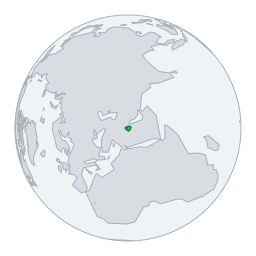 globe centered on Al-Muthannia, rotated 282°
{"feature_id": "IRQ-3223", "entity_name": "Al-Muthannia", "entity_type": "Province", "adm_level": 1, "iso_a3": "IRQ", "parent_name": "Iraq", "parent_adm1": "", "projection": "orthographic", "projection_center": [45.575, 30.396], "detail": "fine", "context": "on_globe", "style": "filled", "palette": "green", "viewbox_px": 256, "rotation_deg": 282, "n_neighbors": 0, "source": "natural_earth", "source_scale": "10m", "svg_char_len": 10730}
<svg xmlns="http://www.w3.org/2000/svg" viewBox="0 0 256 256"><g transform="rotate(282 128 128)"><circle cx="128" cy="128" r="113" fill="#eef3f6" stroke="#a8b0b8"/><path d="M133.1,15.5L140.0,16.1L145.2,16.7L143.1,16.5L150.3,17.6L152.8,18.1L151.9,17.9L150.4,17.6L155.1,18.7L154.5,18.7L156.5,19.4L155.4,19.4L150.1,18.3L149.3,18.3L152.7,19.2L153.7,19.9L148.9,18.6L150.2,19.9L141.6,19.1L129.5,16.9L123.9,17.5L109.3,18.5L109.9,18.9L104.7,20.0L103.4,20.9L101.1,21.1L102.0,21.7L104.4,21.3L105.6,21.6L105.1,22.2L102.0,22.4L101.8,22.2L100.7,22.6L99.4,22.5L99.7,22.9L96.0,23.4L98.8,23.9L95.2,25.1L93.0,25.2L94.4,23.9L92.7,21.9L90.9,22.2L86.9,23.5L77.2,28.3L74.7,29.3L70.5,31.5L71.4,31.4L74.9,29.6L75.4,30.2L79.7,28.3L80.5,28.4L84.5,27.3L82.6,28.9L78.7,31.2L75.3,32.4L73.5,33.6L75.7,33.9L68.4,37.7L61.9,43.4L60.2,44.5L58.6,43.5L61.2,39.7L59.1,39.6L59.2,41.3L54.8,44.3L53.6,45.6L53.1,46.6L54.2,46.2L52.4,47.7L51.7,46.3L53.3,44.9L53.5,45.2L54.7,43.6L54.2,43.2L52.0,45.1L53.1,43.9L59.2,38.8L65.6,34.2L72.4,30.1L79.4,26.4L86.6,23.2L94.1,20.6L101.7,18.5L109.5,16.9L117.3,15.9L125.2,15.4L133.1,15.5ZM15.5,133.2L15.8,137.3L17.3,146.3L18.2,152.3L18.5,154.4L16.5,143.9L15.5,133.2ZM157.0,19.5L157.9,19.7L158.5,19.9L157.0,19.5ZM85.2,26.5L84.8,26.9L84.3,26.9L85.2,26.5ZM87.3,25.7L86.9,25.5L87.8,25.1L88.0,25.2L87.3,25.7ZM157.4,20.3L158.2,20.8L156.5,20.0L157.4,20.3ZM87.5,26.2L89.5,24.4L91.2,23.8L93.3,23.9L87.5,26.2ZM158.0,21.0L159.8,22.6L162.0,23.1L156.9,23.0L157.0,21.5L154.6,20.4L156.9,21.0L158.0,21.0ZM105.4,21.0L102.8,21.4L105.5,20.6L105.4,21.0ZM106.8,20.4L113.2,18.1L116.7,18.1L113.8,18.7L118.8,18.4L117.3,19.5L114.3,19.9L112.3,19.7L113.3,20.3L106.8,20.4ZM153.7,22.8L153.4,23.2L152.7,22.6L153.7,22.8ZM106.3,21.6L107.3,21.0L110.4,20.9L109.0,22.0L108.5,21.7L106.3,21.6ZM120.8,17.9L122.8,18.1L122.2,19.0L123.0,19.3L117.6,19.5L120.8,17.9ZM107.5,22.0L108.2,22.6L106.3,23.3L105.6,22.1L107.5,22.0ZM111.8,20.4L113.2,20.5L112.0,20.8L111.8,20.4ZM99.7,26.3L100.8,25.4L102.5,25.3L99.7,26.3ZM108.7,22.8L109.3,22.6L110.1,22.4L110.2,23.0L108.7,22.8ZM117.6,20.2L116.9,20.6L119.7,20.1L119.4,20.9L115.9,21.0L117.3,21.3L117.2,21.6L114.4,21.4L117.6,20.2ZM112.7,23.2L108.1,23.9L105.7,25.4L104.1,25.6L108.3,23.1L112.7,23.2ZM114.0,22.2L112.8,22.8L111.4,22.6L111.3,22.0L114.0,22.2ZM120.5,21.5L121.9,20.2L122.6,20.3L120.5,21.5ZM112.3,23.7L113.4,23.6L112.3,23.8L112.3,23.7ZM118.3,22.2L118.7,21.7L119.5,21.7L118.3,22.2ZM115.3,23.7L113.8,23.9L113.7,23.5L115.3,23.7ZM116.9,23.1L117.9,23.3L114.5,23.2L116.9,22.8L116.9,23.1ZM119.0,22.3L119.6,22.2L118.7,22.5L119.0,22.3ZM116.5,25.5L112.4,25.5L112.1,24.5L116.2,24.6L116.5,25.5ZM33.9,147.0L30.8,128.1L33.7,123.5L35.2,116.2L56.5,100.0L59.8,103.4L75.3,105.7L77.0,107.2L74.0,112.7L84.6,123.1L89.5,119.0L100.3,125.0L108.2,125.8L113.2,115.1L100.2,113.5L99.1,107.7L110.5,104.4L122.1,106.1L122.0,104.0L115.7,98.7L119.4,95.1L113.7,96.5L115.2,98.9L111.7,100.0L110.0,97.9L111.4,96.6L108.2,95.3L102.5,102.2L103.5,105.3L94.5,105.3L95.3,110.6L92.5,112.5L90.1,104.3L91.1,101.6L85.8,92.0L84.0,94.7L88.8,104.1L86.8,103.0L84.3,107.3L84.7,103.2L79.9,92.7L72.4,92.4L61.2,100.7L57.2,100.0L54.7,96.2L60.6,85.6L68.8,88.5L71.0,85.2L70.9,79.1L73.4,80.7L74.4,78.7L77.6,79.6L83.7,76.2L87.3,76.8L91.2,71.1L93.5,70.8L90.5,74.1L90.4,76.9L99.4,78.8L101.5,77.9L103.3,74.2L105.6,75.4L106.2,71.6L112.1,71.1L105.4,68.7L107.3,64.8L111.6,62.4L111.1,60.8L104.0,64.7L102.3,66.8L102.7,69.2L96.9,75.0L93.5,75.3L95.0,68.0L90.3,67.9L93.6,62.6L110.7,54.4L117.1,53.6L124.6,60.0L122.3,62.2L118.4,60.9L120.6,65.6L121.1,63.5L123.0,64.7L125.3,61.6L126.7,62.3L126.5,58.4L128.5,58.9L128.6,61.4L133.8,57.7L138.3,58.2L138.8,57.1L138.0,55.8L144.4,57.4L144.4,56.6L142.4,55.7L141.2,53.4L141.6,50.2L143.7,51.0L143.9,52.2L147.5,56.2L147.6,59.6L148.6,59.7L149.0,56.8L144.6,52.0L144.2,49.9L146.6,51.9L145.7,51.0L146.2,50.2L148.7,50.2L146.2,47.9L148.5,39.4L153.6,38.9L155.6,41.4L159.5,37.2L165.0,37.7L163.1,36.7L163.7,34.5L162.0,34.3L161.1,33.7L161.9,28.8L163.7,28.5L161.9,25.9L160.9,25.5L159.5,25.6L156.9,23.0L162.0,23.1L164.0,23.9L165.9,23.7L170.1,25.8L174.4,27.7L177.9,30.6L181.1,32.0L181.5,31.8L186.0,33.9L194.1,39.5L185.9,35.9L173.5,29.1L178.4,31.8L176.8,31.5L178.2,32.8L181.8,34.9L182.5,34.9L185.6,41.3L193.0,48.9L193.7,46.7L196.6,47.7L205.7,55.9L213.7,72.0L217.7,74.7L219.6,77.4L219.8,80.6L217.0,76.6L215.0,76.5L213.5,74.0L212.9,78.1L210.6,74.7L211.2,79.9L213.7,81.9L215.0,79.3L216.6,85.6L221.1,88.4L224.3,94.1L225.8,108.1L223.2,114.8L223.6,116.9L221.2,116.1L220.1,121.7L226.3,130.0L226.8,133.1L224.0,142.0L223.6,139.8L217.2,137.6L217.5,145.7L222.4,149.2L224.2,155.4L221.1,155.3L219.1,149.9L216.9,149.0L216.4,142.2L212.4,133.6L209.2,137.4L208.4,133.3L202.5,127.0L197.3,132.2L189.7,146.4L190.4,156.9L187.1,162.4L178.8,149.6L175.7,139.9L172.3,141.7L164.1,134.4L148.8,136.1L147.0,133.5L144.0,135.0L138.3,132.7L135.7,128.3L132.1,128.8L139.1,140.2L143.1,139.7L146.9,135.0L148.1,139.1L153.6,142.2L146.1,152.9L124.0,162.3L122.5,154.5L109.1,131.7L109.9,129.2L109.9,128.9L109.8,128.4L107.8,132.4L105.8,127.8L112.2,143.8L113.0,150.5L123.7,162.8L122.5,164.0L126.1,166.4L138.6,163.2L138.6,165.8L132.2,177.7L115.5,192.4L118.2,201.9L117.7,209.5L108.2,213.6L109.9,218.9L105.2,220.2L105.5,222.9L102.2,225.2L96.4,226.7L85.4,224.5L83.9,222.1L77.3,216.0L67.8,201.2L69.7,195.6L68.4,190.1L60.6,175.5L62.2,169.0L60.3,165.2L56.3,164.5L54.2,160.0L51.8,158.9L37.7,154.4L33.9,147.0ZM47.9,110.3L47.0,112.4L47.9,110.3ZM133.6,113.8L141.0,114.2L138.9,107.2L141.5,106.8L139.8,104.7L138.7,106.7L134.7,100.8L138.3,98.8L138.0,95.8L135.5,95.5L129.5,100.3L135.2,108.6L133.0,111.4L133.6,113.8ZM54.9,44.4L54.9,44.6L54.0,45.7L53.7,45.6L54.9,44.4ZM54.4,49.1L51.6,51.5L53.4,49.5L52.4,49.7L55.1,46.0L59.5,44.8L57.0,45.9L54.4,49.1ZM59.8,41.2L57.6,43.4L59.8,41.1L59.8,41.2ZM76.5,67.8L77.1,69.5L75.1,71.5L70.6,71.6L73.4,68.7L76.5,67.8ZM78.4,71.6L81.1,64.7L84.0,64.7L81.9,65.8L83.6,66.5L80.7,68.5L80.7,75.5L79.0,77.8L71.6,76.2L75.0,75.4L74.2,73.6L78.4,71.6ZM83.1,49.9L84.3,47.6L89.0,50.3L87.3,52.1L82.7,52.1L82.0,49.9L83.1,49.9ZM90.9,27.1L91.1,26.6L91.9,26.4L92.5,26.7L90.9,27.1ZM100.1,25.9L91.0,29.4L90.8,28.9L85.8,32.0L83.1,31.9L86.4,29.9L80.7,32.3L82.6,30.5L78.8,32.3L86.5,27.8L88.0,26.5L87.3,28.0L89.7,28.0L91.2,27.6L96.5,25.6L101.0,23.1L104.0,23.0L105.0,23.6L104.4,24.2L102.6,24.0L103.1,24.9L100.0,25.2L100.1,25.9ZM114.9,34.5L113.1,33.4L113.6,36.6L110.5,36.3L110.7,36.7L108.0,37.4L105.2,39.0L104.0,38.6L103.4,39.4L101.6,40.0L100.4,41.0L97.8,40.8L96.1,42.1L95.8,41.2L93.6,43.6L94.1,41.8L91.8,42.5L92.5,43.9L81.4,41.5L76.3,42.4L71.9,44.3L73.3,41.3L78.4,37.8L84.9,34.8L89.6,34.5L89.4,33.4L91.6,33.0L90.8,34.1L93.2,32.2L94.8,32.2L100.7,30.4L103.2,28.1L105.4,27.5L105.2,28.5L107.6,27.2L108.7,28.7L110.3,28.4L113.0,29.6L111.7,31.9L113.6,31.3L115.7,32.5L114.9,34.5ZM117.2,25.9L116.3,28.3L114.2,29.5L110.4,26.9L108.8,27.0L106.3,25.6L109.4,24.1L109.8,24.6L111.0,24.7L109.5,25.1L111.5,24.9L112.2,25.7L113.9,25.7L113.2,26.4L117.2,25.9ZM79.7,105.6L81.2,106.3L83.7,106.6L82.1,109.5L79.7,105.6ZM76.3,98.5L77.8,98.5L76.8,102.4L75.3,101.8L76.3,98.5ZM79.4,95.4L77.9,98.2L77.8,96.3L79.4,95.4ZM92.0,74.0L93.6,73.9L93.5,74.9L92.2,76.0L92.0,74.0ZM115.8,44.8L115.0,43.8L115.7,43.4L116.4,40.8L118.7,41.0L119.2,42.6L115.8,44.8ZM110.5,116.8L107.8,118.7L106.8,117.5L107.9,117.1L110.5,116.8ZM93.9,114.2L97.3,116.3L93.5,115.0L93.9,114.2ZM118.4,44.6L118.4,43.4L119.6,44.2L118.4,44.6ZM120.4,41.0L121.9,41.7L119.0,40.7L120.4,41.0ZM157.5,235.5L158.4,235.6L156.6,236.0L157.5,235.5ZM137.3,208.3L130.7,220.6L125.3,220.7L123.8,217.3L125.9,209.8L132.1,207.6L135.0,203.9L137.3,208.3ZM234.4,160.2L235.3,159.2L235.1,159.7L234.4,160.2ZM233.7,160.2L234.8,158.7L233.3,161.4L233.7,160.2ZM235.2,158.1L236.3,155.5L236.8,154.1L236.6,155.1L235.2,158.1ZM232.8,161.3L227.2,167.0L224.6,168.1L225.5,165.9L229.6,162.7L232.8,161.3ZM225.3,166.0L221.1,164.7L213.5,155.4L216.3,154.1L223.8,157.8L223.4,159.5L225.9,161.2L225.3,166.0ZM234.5,149.1L234.0,153.7L231.1,156.6L229.7,157.3L228.7,152.8L229.3,149.5L230.5,148.4L234.1,134.2L235.6,134.9L234.8,140.3L235.9,142.7L234.5,149.1ZM191.0,157.7L193.9,162.8L191.9,164.5L191.0,157.7ZM234.5,125.5L233.7,131.7L234.1,124.3L234.5,125.5ZM234.1,119.2L234.7,121.2L233.7,120.0L234.1,119.2ZM224.5,119.9L223.2,121.6L222.7,120.1L224.0,117.1L224.5,119.9ZM226.8,99.0L228.6,103.4L229.0,105.2L227.5,103.1L226.8,99.0ZM138.3,46.2L134.8,49.5L133.8,52.4L135.7,54.7L131.6,53.1L133.1,48.6L138.3,46.2ZM147.0,40.0L145.4,38.3L147.1,38.3L147.7,38.7L147.0,40.0ZM145.4,39.5L141.5,38.9L141.2,37.5L144.3,38.2L145.4,39.5ZM129.9,41.3L128.7,42.2L127.8,41.5L129.9,41.3ZM218.8,194.7L221.6,190.1L222.1,189.6L224.6,184.7L230.6,174.4L235.6,161.4L235.8,160.6L232.7,169.7L228.7,178.4L224.1,186.8L218.8,194.7ZM236.4,157.0L237.9,151.7L238.3,150.3L236.4,157.0ZM240.2,137.5L240.3,136.3L240.5,133.6L240.2,134.6L240.6,130.9L240.6,132.0L240.2,137.5ZM239.2,141.8L239.1,143.0L238.9,142.9L239.2,141.8ZM239.6,140.2L240.0,139.2L239.4,141.4L239.6,140.2ZM236.6,142.7L237.0,144.8L238.1,141.1L237.2,145.1L237.6,148.1L237.2,150.2L236.9,146.8L236.2,152.2L235.7,152.9L235.7,149.2L236.4,143.2L236.9,140.2L238.8,135.8L236.6,142.7ZM239.7,136.9L239.5,134.4L239.6,131.9L239.8,132.9L239.7,136.9ZM238.3,128.6L237.2,126.5L236.6,129.2L237.3,121.4L238.4,124.7L238.3,128.6ZM236.6,121.9L236.1,124.4L236.3,120.2L236.6,121.9ZM235.7,123.5L235.1,121.2L235.7,120.5L235.7,123.5ZM236.9,121.4L236.2,116.9L236.9,118.9L236.9,121.4ZM233.5,116.0L235.7,118.0L233.7,119.0L231.2,111.0L232.0,109.7L233.5,116.0ZM222.7,77.6L221.2,75.8L221.2,74.2L222.2,75.9L222.7,77.6ZM219.8,68.3L220.7,73.2L221.2,77.6L222.1,77.8L224.2,82.1L221.6,79.8L219.7,74.1L219.7,71.5L217.6,68.2L216.3,64.9L213.3,61.6L212.1,59.5L214.8,61.8L219.8,68.3ZM212.0,60.3L206.4,54.2L207.3,53.1L208.8,54.2L211.0,57.4L210.3,57.7L212.0,60.3ZM205.3,52.5L204.6,52.9L194.9,46.5L193.1,44.9L201.0,48.8L200.8,49.4L203.0,51.3L205.3,52.5ZM154.6,23.5L153.5,23.2L154.4,23.1L154.6,23.5ZM160.1,33.7L159.1,32.9L160.2,32.7L160.1,33.7ZM156.9,30.7L156.3,31.4L156.0,30.3L156.9,30.7ZM155.3,33.3L155.7,31.6L156.6,33.7L155.3,33.3Z" fill="#d9dde1" stroke="#a8b0b8" stroke-width="1"/><path d="M129.7,130.5L129.4,130.6L129.2,130.6L128.9,130.6L128.6,130.6L128.3,130.5L128.1,130.5L127.9,130.5L127.6,130.5L127.4,130.4L127.2,130.4L126.8,130.4L126.7,130.4L126.4,130.2L126.2,130.1L125.9,129.8L125.7,129.7L125.3,129.4L125.1,129.2L125.4,128.4L125.7,127.6L125.8,127.4L126.0,127.3L126.1,127.2L126.3,126.9L126.4,126.7L126.6,126.0L126.9,126.2L127.0,126.3L127.0,126.1L127.1,125.8L127.2,125.7L127.4,125.4L127.5,125.4L127.9,125.5L128.2,125.6L128.3,125.6L128.3,125.8L128.3,126.1L128.2,126.1L128.3,126.1L128.3,126.4L128.3,126.5L128.2,126.7L128.2,126.8L128.2,127.1L129.1,127.2L129.3,127.3L129.5,127.6L129.6,127.8L129.8,128.1L130.0,128.4L130.0,128.5L129.9,129.3L129.8,129.5L129.8,129.8L129.8,130.0L129.7,130.0L129.7,130.4L129.7,130.5L129.7,130.5Z" fill="#22c55e" stroke="#15803d" stroke-width="1.5"/></g></svg>